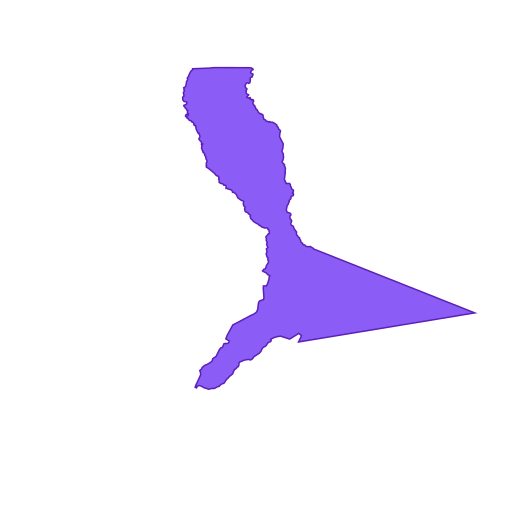 Cental Imenti, Eastern, Kenya (Natural Earth projection), rotated 230°
{"feature_id": "3690345B53474417583970", "entity_name": "Cental Imenti", "entity_type": "district", "adm_level": 2, "iso_a3": "KEN", "parent_name": "Kenya", "parent_adm1": "Eastern", "projection": "natural_earth1", "projection_center": [37.683, 0.042], "detail": "fine", "context": "isolated", "style": "filled", "palette": "violet", "viewbox_px": 512, "rotation_deg": 230, "n_neighbors": 0, "source": "geoboundaries", "source_scale": "gbopen_adm2", "svg_char_len": 6157}
<svg xmlns="http://www.w3.org/2000/svg" viewBox="0 0 512 512"><g transform="rotate(230 256 256)"><path d="M71.8,387.0L224.3,304.7L225.0,304.8L228.4,303.7L229.3,302.2L231.0,300.7L231.6,300.5L233.1,300.4L234.2,299.5L234.8,299.4L235.8,299.9L236.9,299.5L237.9,299.5L239.5,300.3L240.7,300.3L241.9,301.0L243.5,300.6L244.2,300.8L246.1,300.7L247.6,301.7L248.3,302.5L252.1,302.7L254.6,303.6L255.2,303.6L256.6,303.0L257.3,302.9L258.7,303.6L259.7,305.6L260.2,306.0L261.0,306.3L262.8,306.1L263.7,306.8L264.7,307.6L265.0,309.1L265.7,309.6L266.9,309.6L269.7,308.0L271.9,308.9L273.8,311.4L274.3,311.6L275.0,314.1L275.8,315.2L276.2,316.4L277.2,317.0L277.4,319.1L277.7,319.8L278.8,320.9L279.0,321.6L278.4,322.9L278.4,323.5L279.1,324.3L279.9,324.8L280.1,324.4L280.8,324.4L281.3,325.9L282.1,326.8L282.7,327.0L283.2,326.6L284.2,326.5L286.2,327.2L287.6,327.4L288.1,328.0L289.9,328.4L291.2,327.0L291.3,326.5L292.2,325.7L292.8,326.2L293.9,326.0L294.8,326.6L296.5,327.0L299.1,329.9L299.6,330.3L300.1,331.2L300.8,331.3L301.3,332.3L302.8,333.3L303.8,334.6L305.6,335.5L306.8,335.6L307.6,336.6L310.9,336.3L311.6,336.9L312.0,338.1L314.0,340.7L315.4,341.5L316.6,342.5L319.3,343.1L319.9,343.5L321.0,345.5L324.3,348.9L332.2,350.7L334.6,353.1L336.0,355.1L336.5,355.3L338.7,355.0L340.5,355.7L342.4,355.6L342.9,356.1L344.7,355.8L347.5,354.9L349.4,352.9L350.1,353.0L350.5,351.8L351.6,351.5L352.9,350.4L354.1,350.7L356.0,349.9L356.6,350.4L357.8,350.8L358.8,351.6L359.8,352.0L361.0,351.5L361.5,351.0L362.0,351.2L362.8,350.4L364.7,350.2L367.0,350.9L368.8,350.4L369.3,350.9L370.9,350.9L371.3,351.5L371.7,351.6L372.9,351.2L373.5,351.6L374.9,351.6L375.7,352.4L376.0,353.7L377.3,354.3L377.9,353.8L377.9,353.0L378.5,352.9L378.9,353.3L379.8,352.3L380.7,353.2L381.2,353.3L381.4,352.3L383.4,350.9L383.9,351.4L384.0,352.2L383.9,353.4L384.2,354.0L386.3,353.1L387.4,353.2L388.5,354.5L389.1,354.7L389.3,355.7L389.7,356.4L390.3,356.6L391.3,356.2L393.5,357.0L394.6,359.5L394.1,360.9L393.6,361.3L392.9,361.4L392.7,362.6L393.0,363.2L394.7,365.1L395.7,365.4L396.2,366.7L396.0,367.4L395.6,367.8L396.8,370.2L397.3,370.6L399.3,369.8L400.1,369.8L400.5,370.4L401.0,372.2L400.6,373.5L401.1,373.9L402.3,373.5L402.9,373.5L404.9,371.5L427.2,345.1L429.9,341.1L440.2,327.8L439.4,327.3L439.5,325.3L438.9,323.4L437.4,320.3L436.9,319.7L436.5,317.7L435.5,317.4L435.0,316.9L434.1,314.6L432.8,313.3L431.2,311.1L431.1,310.0L431.4,308.8L430.1,308.3L429.9,307.7L428.5,307.4L428.1,305.9L427.7,305.3L427.1,304.8L426.4,304.8L426.0,304.3L424.8,303.6L424.9,302.3L424.6,301.7L422.6,300.3L420.7,300.2L419.0,301.5L418.3,301.8L417.7,301.4L417.3,301.0L417.1,300.3L417.4,298.5L417.8,298.0L417.7,297.3L417.1,297.1L415.8,297.2L414.7,296.9L413.5,297.2L412.6,296.8L412.0,296.9L411.4,297.3L411.0,296.6L410.4,296.0L409.5,295.5L408.7,295.7L408.2,295.2L407.7,295.1L407.5,294.6L408.7,294.2L409.2,293.8L409.2,292.9L408.9,292.3L408.4,291.9L407.1,292.0L407.2,292.6L406.7,292.8L405.9,291.9L404.3,292.3L403.1,292.1L402.3,292.4L401.1,293.3L400.1,293.0L399.5,293.1L399.2,293.7L397.1,293.5L396.7,292.8L396.0,292.7L395.3,292.9L394.9,293.6L391.9,291.8L387.6,290.6L387.3,291.2L386.7,291.3L386.2,290.7L385.0,290.6L383.4,289.8L382.5,287.6L381.3,287.2L379.1,287.5L377.5,287.0L376.8,286.2L376.2,287.2L375.8,286.8L375.7,285.6L374.8,285.1L374.6,284.5L374.1,284.3L373.4,283.4L372.8,283.4L371.7,282.8L371.0,283.0L370.2,282.3L369.5,282.4L369.2,282.0L367.7,282.5L366.0,281.4L364.7,281.5L363.7,280.7L363.0,280.5L362.2,280.0L360.9,279.9L360.2,279.5L359.7,279.0L359.2,277.7L357.8,276.6L357.5,276.1L356.9,276.1L356.3,275.2L355.9,275.1L355.1,275.5L350.8,276.5L346.1,277.3L343.0,277.3L341.6,278.3L340.9,278.4L339.8,277.9L338.9,276.8L337.5,276.4L336.3,275.2L335.8,275.1L333.9,275.9L332.9,276.8L331.6,277.0L331.1,276.8L330.6,277.1L330.4,277.8L329.8,278.0L329.1,278.1L328.5,277.8L327.1,276.5L326.8,277.1L325.5,277.5L323.8,278.8L322.3,279.5L320.9,279.6L320.0,279.0L319.5,279.2L318.4,280.4L317.7,280.2L315.5,280.5L312.5,279.5L311.9,279.5L307.8,280.6L306.9,281.3L306.1,281.6L305.5,281.5L304.7,280.3L303.4,279.3L301.8,278.8L300.3,279.1L299.3,277.4L297.2,276.4L296.6,276.4L294.3,277.6L293.4,277.3L290.8,278.0L290.1,276.9L289.3,276.7L288.1,276.0L286.5,276.3L284.3,276.2L282.2,276.8L278.9,278.1L277.1,278.2L276.7,278.8L274.4,279.1L271.8,280.7L270.2,282.8L269.6,282.8L268.6,282.2L267.5,282.7L266.5,281.9L265.2,281.2L264.7,280.7L265.0,280.3L265.1,279.7L264.7,278.6L264.5,276.4L264.1,275.7L262.7,275.1L261.4,273.9L260.1,273.4L259.6,273.5L258.9,273.0L258.3,271.7L255.8,270.8L255.0,270.8L254.8,270.1L254.8,268.6L254.3,268.1L252.7,267.7L251.0,265.1L248.1,263.8L246.5,263.9L245.6,262.6L244.3,262.4L243.6,261.8L242.9,260.9L242.0,257.9L240.6,255.8L240.4,255.1L240.4,254.2L240.8,253.5L240.4,251.4L239.8,251.5L236.1,253.1L234.5,252.9L233.6,253.2L232.1,254.0L231.7,253.4L231.4,252.5L230.3,251.5L227.8,247.8L226.4,244.9L226.8,244.3L228.3,242.4L226.5,240.7L219.0,235.3L217.8,233.8L219.2,230.1L219.1,228.9L218.1,227.3L214.4,223.4L212.9,221.0L212.7,219.5L212.9,217.2L213.7,214.2L218.1,193.9L213.7,182.8L211.9,179.6L208.1,180.9L207.4,179.8L207.1,178.6L207.7,177.4L208.7,176.4L209.4,175.1L207.8,172.0L207.7,171.3L208.2,170.1L208.0,168.2L204.8,161.0L204.7,160.4L205.1,158.1L205.1,156.8L203.7,154.7L203.8,152.3L204.5,148.4L205.1,147.0L205.3,144.9L205.2,143.1L204.5,141.9L204.4,139.2L203.8,139.0L203.3,139.1L200.6,137.3L196.4,128.5L196.3,127.9L194.6,125.0L193.2,125.6L193.3,126.1L194.1,126.9L193.3,129.2L191.8,130.3L188.0,131.7L186.9,132.7L184.5,133.9L182.6,137.6L182.1,137.8L181.2,139.2L180.6,142.5L179.7,144.1L180.1,144.9L180.1,146.4L180.0,147.4L179.2,149.5L179.2,150.3L180.0,152.5L180.4,154.4L180.4,156.2L180.8,157.7L180.7,162.5L181.4,163.4L181.6,164.1L182.1,164.7L182.3,165.6L182.8,166.2L182.9,167.1L182.5,168.0L183.0,170.4L182.6,171.2L183.3,172.6L185.0,174.3L185.2,175.5L183.7,180.2L181.6,183.8L179.9,184.9L179.5,186.8L179.6,187.9L180.0,188.6L180.2,189.3L179.4,196.2L179.8,198.6L181.2,201.4L181.3,203.3L180.9,204.7L180.8,206.1L181.8,209.0L181.4,211.5L181.0,212.0L181.5,213.3L182.0,213.6L182.5,213.5L182.9,213.9L182.1,216.1L182.0,217.3L181.2,218.8L181.1,219.5L179.4,222.3L179.1,223.1L170.7,228.4L169.2,239.0L165.7,239.7L162.8,233.3L71.8,387.0Z" fill="#8b5cf6" stroke="#5b21b6" stroke-width="1.5"/></g></svg>